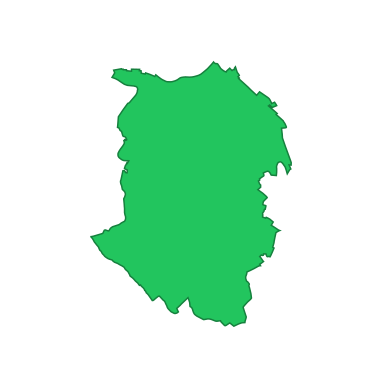 Kim Bang, Hà Nam, Vietnam, rotated 341°
{"feature_id": "81297802B80649611591308", "entity_name": "Kim Bang", "entity_type": "district", "adm_level": 2, "iso_a3": "VNM", "parent_name": "Vietnam", "parent_adm1": "Hà Nam", "projection": "orthographic", "projection_center": [105.849, 20.571], "detail": "fine", "context": "isolated", "style": "filled", "palette": "green", "viewbox_px": 384, "rotation_deg": 341, "n_neighbors": 0, "source": "geoboundaries", "source_scale": "gbopen_adm2", "svg_char_len": 6035}
<svg xmlns="http://www.w3.org/2000/svg" viewBox="0 0 384 384"><g transform="rotate(341 192 192)"><path d="M254.7,76.1L252.2,77.6L246.8,80.5L241.1,82.7L238.7,83.5L236.7,83.8L234.7,83.8L231.6,83.6L229.5,83.3L227.0,82.6L223.3,81.1L221.3,80.6L219.7,80.3L218.7,80.2L217.6,80.3L214.9,81.1L213.5,81.3L211.8,81.4L209.0,81.2L207.7,80.9L204.5,79.7L203.4,79.0L200.6,76.2L199.6,75.0L197.5,72.0L195.9,69.4L194.4,70.7L193.3,69.6L190.5,67.1L186.9,64.3L186.2,65.2L182.7,63.2L183.3,60.8L181.7,60.2L182.4,59.0L174.8,56.2L174.1,58.1L169.6,56.0L169.8,55.1L166.8,54.0L166.9,53.5L165.3,52.8L165.3,52.5L157.6,51.3L157.7,54.1L157.5,54.4L153.7,57.6L156.5,59.9L158.5,62.0L160.7,65.0L163.1,68.1L165.6,70.1L171.5,72.8L173.6,74.2L174.2,75.3L174.2,76.7L174.0,77.6L173.6,77.9L172.7,79.8L171.3,81.3L170.5,82.0L169.2,82.8L165.8,84.8L162.1,87.0L161.4,87.3L160.1,87.3L153.8,91.7L146.9,96.9L143.8,104.1L142.6,106.7L143.6,107.4L143.9,108.7L144.0,109.9L144.1,110.4L144.4,110.9L145.1,111.7L144.9,116.0L145.0,116.6L145.2,117.1L146.4,117.8L146.9,118.5L147.2,119.3L147.3,120.3L147.3,121.4L147.1,121.5L146.1,121.6L145.8,120.5L145.5,120.5L145.2,120.7L144.9,121.1L144.3,121.2L144.3,122.1L144.1,123.3L143.7,124.1L141.6,125.9L138.9,127.7L136.8,129.3L135.1,130.9L134.6,131.5L134.2,132.5L133.9,133.6L133.9,134.4L134.1,135.3L134.4,136.0L135.6,137.9L136.3,138.8L137.4,139.8L138.3,140.3L140.1,141.0L141.6,141.5L142.4,141.9L140.6,143.5L140.2,143.0L139.5,143.6L139.8,144.0L137.8,145.1L135.8,147.7L135.9,148.1L138.0,150.1L136.9,152.7L135.7,152.2L135.4,151.7L135.4,150.9L135.2,150.2L134.9,149.8L134.2,149.5L133.6,149.4L130.2,155.1L128.7,157.5L128.1,158.2L127.8,158.8L127.6,159.6L127.4,160.9L127.5,163.3L127.3,164.6L127.0,166.9L128.1,169.0L128.5,170.3L128.5,171.0L128.4,171.9L128.1,172.9L126.6,174.9L125.7,175.7L125.2,176.3L124.1,180.9L123.3,183.8L122.9,185.5L121.5,189.6L121.2,191.8L121.2,193.3L120.8,195.0L120.4,195.8L119.6,197.0L118.8,197.6L118.4,197.8L117.8,197.8L114.9,198.3L113.2,198.9L112.2,199.1L105.7,199.0L104.4,199.3L103.0,199.8L100.8,201.6L100.1,201.5L97.8,199.7L97.3,199.6L96.7,199.6L96.0,200.2L94.4,201.9L93.7,202.1L84.5,201.7L82.2,201.4L81.9,201.2L81.6,200.9L82.7,203.5L83.1,205.3L83.4,207.4L84.8,211.4L85.3,212.6L85.6,213.4L85.8,216.4L85.9,217.0L86.7,218.4L86.9,218.9L86.9,219.8L87.0,220.3L87.3,221.4L88.0,222.8L88.6,224.5L89.4,225.7L90.7,227.4L92.0,228.6L94.1,230.1L94.4,230.5L94.9,231.8L95.9,233.2L98.5,235.4L99.7,236.9L101.7,239.0L103.2,240.9L103.4,241.5L103.7,243.1L104.2,244.2L105.1,245.7L105.5,246.4L106.1,249.9L106.1,251.2L106.3,251.7L106.8,252.3L107.8,253.8L108.6,255.4L109.5,257.7L111.1,260.5L111.7,262.7L112.0,263.2L113.1,263.1L113.4,264.4L114.7,266.8L115.1,268.0L115.3,268.9L115.2,269.7L115.8,270.4L116.0,272.6L116.3,272.9L117.2,274.9L119.1,281.7L119.9,281.9L121.0,281.6L122.6,280.9L126.2,279.6L127.1,279.8L127.4,280.0L129.7,285.2L130.4,286.0L130.7,287.4L130.8,289.2L131.1,291.3L131.1,293.1L131.2,293.7L131.6,295.0L133.2,298.4L135.4,300.7L135.9,301.1L136.5,301.4L138.0,301.5L138.9,301.4L140.1,300.9L139.9,299.6L139.7,297.1L144.1,295.2L145.3,294.5L153.8,290.6L153.9,293.6L153.8,295.7L153.1,298.7L152.9,299.3L152.9,299.7L153.3,300.0L154.1,301.5L154.3,303.1L154.2,304.1L154.2,306.1L154.4,307.7L154.7,308.6L155.0,309.1L156.1,310.8L161.1,316.1L161.6,316.5L165.5,317.1L166.1,317.3L167.3,317.8L168.4,318.5L169.3,319.2L172.1,321.6L173.0,322.1L173.6,322.3L177.0,323.0L177.2,324.3L179.1,328.4L179.5,329.0L179.8,329.2L180.8,329.2L185.1,328.1L187.9,332.5L193.2,331.9L195.0,331.9L196.5,331.9L197.7,332.2L199.5,332.7L200.1,331.5L202.1,328.7L202.6,327.8L202.7,320.7L202.8,317.8L203.0,317.4L204.6,316.4L208.7,314.1L210.4,313.4L212.5,312.5L213.7,311.6L214.6,307.3L215.2,301.1L215.2,299.2L216.1,298.0L216.2,297.5L215.5,295.4L215.3,294.9L214.7,294.3L214.6,293.9L214.6,291.5L215.1,289.7L217.0,287.3L217.9,285.5L221.1,285.2L225.7,284.6L230.2,283.8L231.5,283.7L232.8,284.0L232.5,282.3L233.7,282.1L237.0,281.0L236.6,280.1L235.8,277.0L235.4,276.0L235.0,275.1L237.0,274.1L237.5,274.7L238.3,275.0L238.8,275.0L239.2,274.7L239.5,273.8L241.8,274.7L241.7,276.2L241.8,277.0L242.0,277.5L242.4,277.8L244.0,278.0L244.6,278.7L245.7,277.8L248.9,274.4L250.0,273.1L251.3,271.7L250.3,270.6L253.1,266.5L253.2,266.1L255.5,262.1L258.1,257.8L259.9,257.3L261.7,257.0L262.4,257.0L261.4,256.1L258.0,251.6L256.1,249.3L259.0,246.8L256.8,243.1L255.5,241.6L253.9,240.1L253.1,240.7L250.6,238.7L250.9,238.2L250.9,237.6L251.5,236.9L251.6,235.7L251.9,235.0L252.3,234.6L253.5,233.9L253.7,233.7L254.7,232.1L255.0,232.0L255.6,232.2L257.4,229.2L257.2,228.8L255.7,227.8L254.9,227.0L254.9,226.8L256.2,224.5L256.5,224.2L258.6,223.1L260.0,222.4L260.5,222.3L261.3,221.6L260.7,220.1L258.5,216.2L255.0,211.2L257.3,210.3L258.5,209.8L258.8,208.7L259.2,207.8L258.7,206.8L258.5,205.7L258.4,203.2L259.7,202.9L260.0,202.7L260.1,201.5L265.1,200.1L265.3,199.9L265.5,199.2L265.6,197.2L267.6,197.0L269.1,196.9L270.3,197.0L270.6,197.2L271.2,197.6L271.5,198.1L271.9,199.0L272.4,201.8L277.1,203.9L278.5,200.8L279.7,197.4L280.0,196.1L280.3,195.3L280.8,194.5L282.0,193.1L282.9,192.3L283.7,192.1L284.6,192.1L285.1,192.1L285.7,192.4L286.2,193.0L286.8,193.9L287.2,195.1L288.0,197.9L288.2,198.9L288.2,201.9L288.0,205.8L291.4,202.9L292.2,202.5L292.9,202.4L292.6,198.0L294.5,198.8L294.8,197.9L295.3,196.8L295.4,195.4L295.1,179.1L295.1,170.4L296.1,166.7L297.4,160.8L301.0,161.7L302.1,161.7L302.3,161.5L302.4,161.2L302.3,159.4L302.1,157.5L301.6,155.7L301.4,154.4L298.9,149.8L297.3,147.1L296.8,146.0L298.1,145.5L295.9,141.6L292.3,135.5L293.8,135.0L295.4,138.2L300.2,137.9L299.9,136.2L299.3,134.0L296.1,134.3L296.1,133.2L295.7,130.2L295.3,128.8L294.5,127.4L290.8,122.4L288.5,119.3L284.6,121.6L280.8,114.5L279.2,111.2L273.0,99.9L273.8,99.6L273.0,98.0L274.2,97.4L274.7,97.1L274.3,95.4L273.8,93.9L273.7,92.8L273.8,87.8L272.7,88.5L272.2,89.2L271.9,90.1L271.1,89.8L270.6,89.8L269.4,90.2L268.7,88.8L268.0,87.2L264.5,88.7L263.8,89.1L263.4,89.6L263.0,89.3L262.4,88.9L261.2,87.5L260.3,86.2L259.4,84.7L259.2,84.1L259.0,83.1L258.0,79.4L257.8,79.1L257.5,78.8L256.1,78.3L255.3,77.4L254.9,76.9L254.7,76.1Z" fill="#22c55e" stroke="#15803d" stroke-width="1.5"/></g></svg>